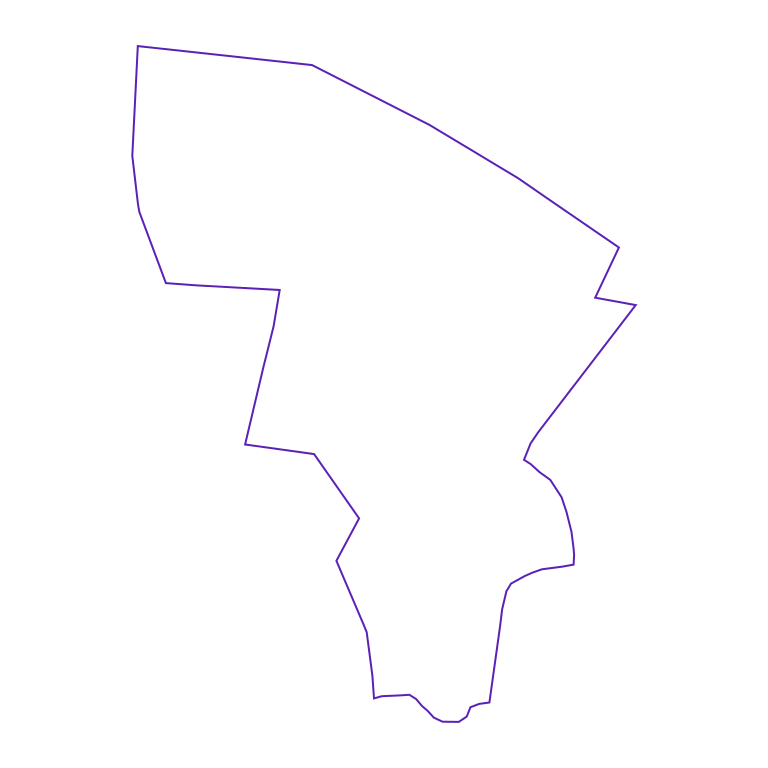 São João da Canabrava, Piauí, Brazil (Albers equal-area conic projection)
{"feature_id": "56859067B69117029069453", "entity_name": "São João da Canabrava", "entity_type": "district", "adm_level": 2, "iso_a3": "BRA", "parent_name": "Brazil", "parent_adm1": "Piauí", "projection": "albers", "projection_center": [-41.371, -6.715], "detail": "fine", "context": "isolated", "style": "outline", "palette": "violet", "viewbox_px": 768, "rotation_deg": 0, "n_neighbors": 0, "source": "geoboundaries", "source_scale": "gbopen_adm2", "svg_char_len": 833}
<svg xmlns="http://www.w3.org/2000/svg" viewBox="0 0 768 768"><path d="M489.4,702.5L500.2,625.3L502.1,609.5L506.4,591.3L511.0,583.6L525.0,575.9L532.3,572.7L541.9,569.3L562.6,566.6L573.6,564.6L574.1,554.9L573.6,548.6L571.5,531.9L566.5,512.0L561.6,497.3L550.3,479.9L539.6,472.2L530.7,464.1L524.0,459.8L530.6,443.4L538.3,432.1L635.7,305.1L595.2,297.7L618.9,247.5L545.3,197.0L518.1,178.2L429.6,125.0L312.1,65.1L137.8,46.1L132.3,155.9L138.0,204.3L139.3,211.8L165.9,283.1L197.1,285.4L279.7,290.0L273.6,326.3L265.7,358.0L263.1,368.4L245.1,444.5L314.1,454.1L359.1,518.4L336.4,560.8L363.8,625.1L366.7,632.2L372.4,675.7L374.0,698.4L381.8,696.2L400.0,695.4L409.4,694.8L416.2,699.1L421.9,705.9L427.6,710.8L433.8,717.6L442.5,721.7L458.8,721.9L466.7,716.6L470.5,707.2L479.2,703.9L489.4,702.5Z" fill="none" stroke="#5b21b6" stroke-width="2"/></svg>